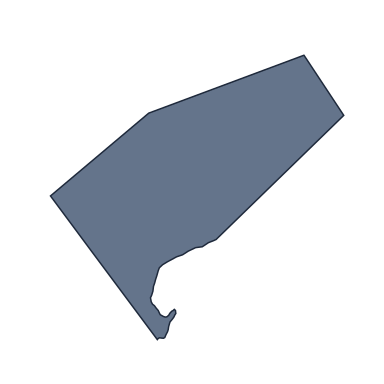 Bani Swayf City, Al Bahr al Ahmar, Egypt (Natural Earth projection), rotated 188°
{"feature_id": "37247803B55078919918818", "entity_name": "Bani Swayf City", "entity_type": "district", "adm_level": 2, "iso_a3": "EGY", "parent_name": "Egypt", "parent_adm1": "Al Bahr al Ahmar", "projection": "natural_earth1", "projection_center": [31.142, 28.985], "detail": "fine", "context": "isolated", "style": "filled", "palette": "slate", "viewbox_px": 384, "rotation_deg": 188, "n_neighbors": 0, "source": "geoboundaries", "source_scale": "gbopen_adm2", "svg_char_len": 863}
<svg xmlns="http://www.w3.org/2000/svg" viewBox="0 0 384 384"><g transform="rotate(188 192 192)"><path d="M161.4,148.4L160.7,149.4L104.0,222.5L52.4,289.0L99.7,342.5L100.2,343.0L245.8,264.1L331.6,168.4L283.0,119.1L205.8,41.0L205.1,42.2L205.0,42.3L203.9,43.1L201.9,43.1L199.9,43.2L198.7,44.1L197.9,47.1L196.8,50.2L196.4,52.4L196.4,55.4L196.1,57.6L195.7,60.2L193.8,63.3L192.6,65.5L191.8,68.1L191.1,69.4L191.9,72.4L193.2,73.3L194.3,71.9L195.5,71.1L197.1,68.8L197.9,66.7L199.5,64.9L201.1,64.4L203.1,64.8L206.4,66.1L207.6,67.8L208.9,69.9L211.3,72.0L213.4,74.2L215.5,75.4L217.1,77.6L218.4,81.5L217.6,84.1L216.9,88.4L217.0,93.2L216.3,96.7L215.9,100.2L215.2,104.1L214.5,109.3L213.8,112.4L211.0,115.9L206.6,119.5L198.2,125.7L192.6,128.5L187.5,132.9L180.7,137.4L174.2,139.2L168.7,144.1L163.9,146.8L161.4,148.4Z" fill="#64748b" stroke="#1e293b" stroke-width="1.5"/></g></svg>